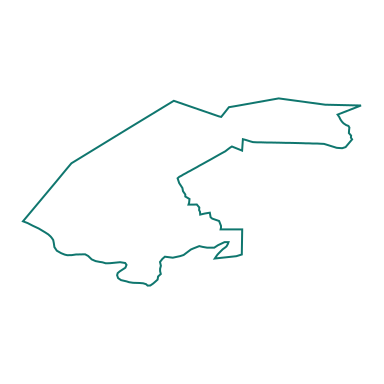 outline of Buriti dos Lopes, Piauí, Brazil, rotated 270°
{"feature_id": "56859067B71763963739929", "entity_name": "Buriti dos Lopes", "entity_type": "district", "adm_level": 2, "iso_a3": "BRA", "parent_name": "Brazil", "parent_adm1": "Piauí", "projection": "equal_earth", "projection_center": [-41.834, -3.271], "detail": "fine", "context": "isolated", "style": "outline", "palette": "teal", "viewbox_px": 384, "rotation_deg": 270, "n_neighbors": 0, "source": "geoboundaries", "source_scale": "gbopen_adm2", "svg_char_len": 2357}
<svg xmlns="http://www.w3.org/2000/svg" viewBox="0 0 384 384"><g transform="rotate(270 192 192)"><path d="M98.5,150.3L100.5,153.2L102.5,155.5L104.4,157.6L107.5,158.1L110.0,160.8L112.8,160.1L115.3,160.1L118.2,160.9L122.0,160.0L125.1,162.4L127.3,164.9L126.3,172.8L127.9,180.2L129.0,183.6L134.5,190.9L135.5,193.2L137.9,199.3L137.1,202.6L136.3,207.3L136.3,214.2L138.8,218.0L141.9,224.6L141.9,228.5L140.1,227.9L137.6,226.5L136.3,224.9L134.7,222.7L133.0,221.0L131.3,219.3L129.4,217.5L127.3,216.0L125.5,214.8L127.8,236.3L129.5,241.8L154.6,242.2L154.6,239.1L154.6,235.9L154.6,220.6L156.4,221.0L158.1,221.0L163.0,219.1L165.4,212.2L166.8,210.6L171.3,209.8L170.5,204.9L169.4,200.2L172.2,200.0L173.9,199.1L176.5,199.3L179.5,196.8L179.4,193.5L179.4,191.0L179.4,188.5L181.2,189.1L185.0,189.5L187.5,185.3L189.5,185.3L192.8,183.0L196.0,182.4L200.9,179.2L205.7,177.6L207.2,179.3L208.3,181.5L209.4,183.2L210.8,185.9L212.1,188.1L213.2,190.3L214.4,192.4L215.7,194.8L217.0,197.2L218.1,199.0L220.1,202.7L222.5,207.0L224.2,210.1L225.2,211.9L227.2,215.4L228.9,218.4L230.3,220.9L231.5,223.1L232.7,225.3L234.5,227.6L236.3,230.0L237.5,231.9L233.4,242.1L244.8,242.9L244.1,245.6L242.6,250.4L241.9,252.9L241.7,256.5L241.7,260.1L241.6,262.8L241.5,266.1L241.5,269.3L241.4,274.2L241.3,279.7L241.2,283.6L241.1,287.0L241.1,290.8L241.0,295.2L240.9,299.2L240.8,302.9L240.7,305.2L240.7,308.2L240.5,312.3L240.5,316.6L240.3,319.9L240.1,324.0L238.9,328.0L237.7,331.8L237.0,334.1L236.2,336.6L236.0,339.0L235.8,342.2L236.9,345.6L242.6,350.4L244.6,352.1L246.4,350.9L248.4,351.1L250.9,348.9L254.2,349.1L256.4,349.4L258.1,348.4L258.9,346.2L260.7,343.5L262.4,341.9L264.6,340.4L267.1,339.2L269.4,337.6L278.5,361.0L279.3,325.2L285.6,278.7L278.5,238.9L277.7,234.3L276.8,228.9L273.1,226.0L267.1,221.2L267.6,219.0L283.2,173.8L255.1,127.6L220.7,71.4L215.6,67.1L201.8,55.7L162.7,23.0L160.9,27.7L158.3,32.7L155.5,38.7L151.6,45.2L149.6,48.3L147.4,50.7L145.9,51.9L144.0,53.2L141.0,53.8L136.9,54.4L133.3,56.8L130.8,61.2L129.4,64.7L128.8,67.3L128.9,71.8L129.5,75.9L129.7,85.1L128.0,88.2L124.6,91.7L122.9,95.6L122.1,99.7L121.7,102.4L120.7,105.8L120.8,109.9L121.8,120.1L121.0,125.2L119.1,126.5L116.3,125.4L112.6,119.7L110.9,117.7L108.8,117.1L105.9,118.1L103.9,121.0L102.6,126.6L101.8,129.1L101.2,133.1L101.0,139.7L100.7,143.2L99.8,146.1L98.4,147.6L98.5,150.3Z" fill="none" stroke="#0f766e" stroke-width="2"/></g></svg>